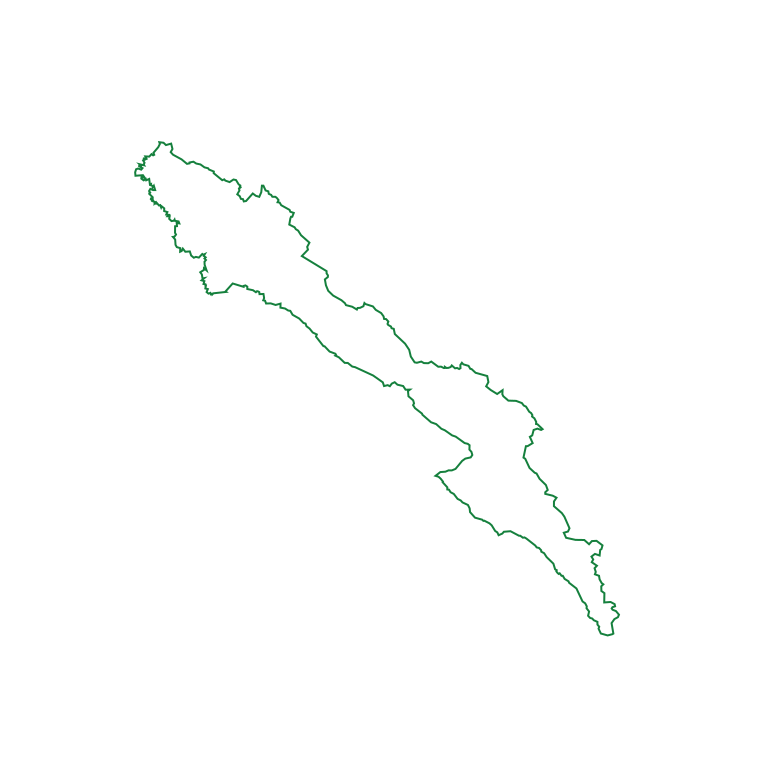 outline of Bogotá, D.c., Bogota, Colombia, rotated 298°
{"feature_id": "7082276B37057214617227", "entity_name": "Bogotá, D.c.", "entity_type": "district", "adm_level": 2, "iso_a3": "COL", "parent_name": "Colombia", "parent_adm1": "Bogota", "projection": "robinson", "projection_center": [-74.157, 4.284], "detail": "fine", "context": "isolated", "style": "outline", "palette": "green", "viewbox_px": 768, "rotation_deg": 298, "n_neighbors": 0, "source": "geoboundaries", "source_scale": "gbopen_adm2", "svg_char_len": 6099}
<svg xmlns="http://www.w3.org/2000/svg" viewBox="0 0 768 768"><g transform="rotate(298 384 384)"><path d="M439.3,442.8L436.6,442.5L433.9,444.1L432.5,443.3L432.5,441.0L431.2,439.4L432.2,435.1L430.3,434.9L428.5,433.3L427.5,431.7L427.7,429.8L426.8,430.3L426.2,429.4L426.1,426.2L424.7,423.8L426.0,415.2L423.1,413.3L421.2,409.4L421.3,406.4L418.2,403.1L417.5,400.9L420.8,394.8L426.0,390.2L429.5,383.7L433.2,370.1L437.3,366.7L436.8,364.5L438.0,363.2L438.1,360.0L438.7,358.9L441.2,358.5L442.3,355.4L441.5,353.5L443.5,351.9L445.3,348.2L445.6,341.9L447.3,337.8L445.9,330.2L446.3,328.7L443.0,329.3L440.0,327.1L438.7,325.0L437.0,325.1L437.3,319.7L435.8,313.4L437.0,311.6L438.0,307.1L438.2,297.6L440.1,291.0L443.9,286.4L448.6,282.7L452.1,284.2L453.6,283.5L454.7,281.4L456.7,280.3L458.4,251.4L466.9,253.8L469.0,251.8L473.8,251.8L476.4,240.9L479.1,236.2L479.3,233.4L480.4,231.5L480.3,225.5L486.2,223.6L488.0,223.4L488.6,224.5L492.7,224.0L492.1,220.4L493.4,218.9L493.6,209.3L495.2,206.7L494.5,204.7L496.9,204.5L497.9,202.2L498.3,200.3L496.9,197.5L498.0,195.6L497.8,193.0L499.8,191.4L499.3,188.6L502.5,184.4L501.8,183.1L495.7,185.6L490.7,186.0L490.0,182.5L490.6,178.7L480.8,176.3L479.4,174.5L481.0,172.7L480.3,170.7L482.1,168.5L482.6,165.4L487.1,165.5L488.4,164.2L491.1,165.4L490.1,164.2L491.8,163.9L492.0,162.0L494.6,157.6L493.9,155.1L489.8,152.9L489.1,148.4L489.7,146.9L488.0,145.5L490.2,134.6L491.7,134.0L491.2,128.8L491.9,127.4L491.0,123.8L491.7,118.9L490.5,114.7L490.8,111.4L488.3,108.3L487.5,108.7L485.9,106.7L487.3,99.8L487.4,90.1L488.6,86.8L492.2,86.9L496.3,83.2L492.6,79.3L493.5,76.1L492.0,72.1L490.7,73.4L487.1,73.5L479.9,71.9L478.5,73.5L477.5,72.8L477.8,70.8L474.6,70.0L472.9,66.4L471.6,68.3L470.0,65.3L470.3,67.9L468.3,66.4L466.9,68.7L465.0,68.8L464.5,69.6L463.3,65.0L462.5,68.0L462.2,65.3L461.4,65.5L461.2,69.4L459.3,69.0L458.8,65.7L457.2,64.3L454.1,64.9L451.2,66.8L455.2,73.1L453.7,76.1L453.0,72.7L451.4,73.3L451.0,76.2L453.2,77.4L452.2,78.4L454.8,80.4L450.2,83.7L451.1,84.4L450.0,84.8L450.3,86.7L448.8,87.5L451.0,87.7L447.8,90.9L446.8,89.0L446.6,86.1L444.1,86.0L442.8,88.5L443.1,87.1L441.7,87.4L440.3,92.1L438.5,93.0L438.2,91.5L439.4,91.2L437.8,91.3L437.1,93.2L438.3,94.4L436.8,93.9L437.1,96.0L435.6,96.7L437.1,97.2L435.6,98.6L437.3,98.1L436.0,101.5L436.9,102.4L435.2,104.4L436.5,104.3L435.9,107.5L433.5,108.7L434.1,112.0L431.4,112.2L432.9,116.0L432.1,114.4L430.5,114.1L431.5,116.0L429.0,116.8L428.1,119.9L429.5,121.8L430.8,121.9L429.9,122.7L431.1,126.3L429.7,127.9L428.8,125.4L426.2,127.1L425.2,125.5L419.4,128.5L418.3,130.2L415.7,129.8L414.8,128.6L413.5,131.8L409.0,134.6L407.6,136.8L408.3,140.3L405.1,141.9L406.4,142.9L409.1,142.8L407.5,146.5L409.9,150.3L406.9,153.4L406.2,156.8L407.9,158.2L408.7,161.2L413.5,162.5L413.3,163.8L414.6,164.8L412.5,164.7L412.1,167.1L410.5,166.6L409.9,168.6L407.7,168.1L405.0,169.7L401.0,174.0L401.7,170.7L400.1,171.4L396.4,169.3L395.2,171.8L392.0,174.2L393.1,175.6L389.9,174.3L390.5,177.1L387.6,177.7L388.2,179.5L387.2,180.1L388.4,180.2L384.5,181.4L385.1,183.9L381.9,184.2L381.4,186.6L382.9,187.9L381.9,189.0L382.8,189.7L382.3,190.3L384.0,190.8L391.2,201.4L391.3,200.6L401.7,203.2L403.9,214.4L404.7,214.0L406.0,215.4L405.8,217.6L403.7,218.7L405.3,224.3L404.9,227.8L406.3,228.3L406.6,229.3L406.6,230.7L404.9,231.9L406.9,235.3L403.6,237.8L401.2,238.1L401.7,239.9L399.7,242.1L402.0,246.1L402.9,251.2L406.4,254.9L402.8,256.7L404.2,261.2L403.9,264.9L404.6,266.9L402.2,270.8L402.0,278.4L400.1,284.2L400.5,286.4L398.6,288.4L398.0,292.2L396.0,296.9L396.2,301.4L393.9,301.7L389.0,312.7L389.4,313.8L387.1,320.7L387.9,326.9L387.1,328.1L386.2,327.7L386.4,331.6L384.2,339.4L385.6,342.1L384.5,347.8L385.3,350.6L386.4,370.4L384.9,382.2L382.2,385.0L384.7,387.8L384.8,390.2L388.0,390.7L390.6,392.6L389.7,396.2L391.2,401.9L389.1,405.7L391.2,409.5L389.0,408.5L384.6,411.4L383.3,417.4L381.0,419.6L379.0,419.6L377.2,422.8L375.7,431.5L374.9,432.3L372.3,443.5L373.1,448.9L371.4,455.7L371.7,459.4L370.6,468.3L371.2,472.0L369.7,482.9L370.5,486.0L370.1,488.3L366.2,490.2L365.1,493.1L362.8,495.3L359.9,495.0L356.3,490.8L352.8,489.1L342.6,487.0L339.5,484.4L338.1,481.6L335.4,479.4L332.7,475.1L327.1,472.6L327.7,475.7L327.0,478.5L325.5,481.9L324.8,481.9L322.5,488.4L320.6,489.4L321.2,491.0L319.7,493.6L319.7,497.2L317.1,502.9L317.2,506.4L316.3,508.9L316.6,514.9L314.4,518.0L311.3,520.1L308.7,527.1L310.3,534.4L309.8,536.0L310.4,536.7L310.5,542.5L309.8,545.4L306.4,551.2L306.2,553.7L304.3,556.2L307.5,558.7L309.8,559.2L313.4,564.8L313.4,574.4L314.0,575.5L313.5,578.8L314.5,580.1L314.4,582.2L312.4,593.4L311.4,595.5L312.0,597.9L311.0,600.8L309.8,601.6L309.8,604.8L307.5,608.9L304.9,617.9L300.7,622.1L300.7,623.9L299.5,624.1L298.7,625.8L298.3,627.4L299.3,628.0L298.0,630.8L298.6,631.9L296.7,635.0L296.4,639.6L295.4,640.7L293.8,649.9L285.2,661.4L284.8,664.6L282.9,667.4L281.1,668.1L279.4,671.9L275.2,673.0L274.2,675.8L274.7,678.0L273.9,680.1L274.2,684.1L271.8,685.4L270.7,688.0L268.7,688.3L265.5,692.6L267.0,699.5L270.3,703.1L271.3,703.7L279.7,697.2L284.6,697.8L287.9,700.0L290.6,699.8L292.4,695.4L292.0,691.8L292.7,690.4L294.2,690.5L296.2,692.4L297.9,691.0L297.9,686.4L294.5,681.0L302.8,676.8L303.3,673.1L307.4,670.8L310.1,671.7L310.4,669.7L312.7,666.1L315.6,663.9L315.0,659.6L317.5,659.2L320.2,656.4L323.5,657.3L324.2,651.1L327.3,651.1L329.0,648.2L333.0,650.0L333.8,654.9L338.9,652.8L340.4,653.5L344.1,652.7L345.3,645.3L342.9,641.3L338.8,640.3L340.3,634.1L336.3,626.3L333.7,617.0L337.1,612.6L340.1,615.7L343.7,615.5L351.5,605.6L353.5,601.7L355.9,591.4L360.1,589.2L364.6,589.7L364.6,585.4L362.7,578.0L364.1,577.2L367.3,578.3L370.8,574.4L373.3,565.9L376.6,560.7L376.4,558.7L378.2,551.9L384.3,543.8L384.5,541.7L395.7,538.5L396.6,540.0L401.6,543.0L405.8,537.6L408.2,539.0L413.7,537.7L416.6,540.4L417.2,544.3L418.6,545.2L420.5,538.4L420.1,537.0L422.0,536.2L424.3,532.9L424.8,530.0L426.2,529.6L427.4,527.6L427.7,525.2L430.7,520.0L430.6,517.5L431.9,514.7L431.1,508.5L427.7,501.6L429.2,495.1L430.5,493.3L434.2,491.6L428.3,488.6L428.8,481.0L429.9,475.3L434.7,475.3L439.5,471.4L436.9,459.6L438.3,454.3L437.9,453.1L439.7,450.1L438.6,444.8L439.3,442.8Z" fill="none" stroke="#15803d" stroke-width="2"/></g></svg>